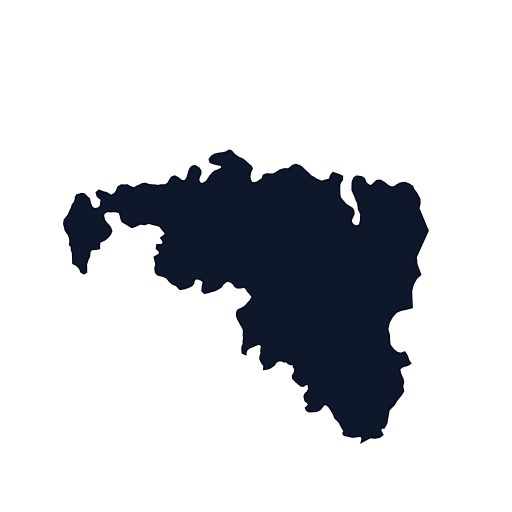 the district of Turvelândia, Goiás, Brazil, rotated 114°
{"feature_id": "56859067B88564210789001", "entity_name": "Turvelândia", "entity_type": "district", "adm_level": 2, "iso_a3": "BRA", "parent_name": "Brazil", "parent_adm1": "Goiás", "projection": "orthographic", "projection_center": [-50.301, -17.798], "detail": "fine", "context": "isolated", "style": "filled", "palette": "ink", "viewbox_px": 512, "rotation_deg": 114, "n_neighbors": 0, "source": "geoboundaries", "source_scale": "gbopen_adm2", "svg_char_len": 5340}
<svg xmlns="http://www.w3.org/2000/svg" viewBox="0 0 512 512"><g transform="rotate(114 256 256)"><path d="M128.8,141.2L128.1,145.2L128.3,149.5L129.5,151.8L130.8,153.8L134.1,156.4L136.3,157.5L137.9,159.8L138.2,163.2L136.8,168.4L136.3,173.1L138.0,176.4L141.1,177.6L145.2,179.4L145.3,182.6L144.3,185.4L141.4,188.4L140.7,191.7L142.2,196.6L144.8,198.2L149.2,198.1L153.1,196.5L156.7,194.9L159.1,192.3L161.1,190.0L164.2,187.0L166.1,184.7L169.3,182.6L171.8,181.2L173.4,179.0L175.4,176.9L177.7,176.2L180.3,175.0L185.6,174.0L188.0,176.7L188.1,179.2L187.1,181.9L184.5,183.7L180.1,183.7L177.6,183.7L174.8,185.3L173.4,187.3L172.9,190.8L172.2,195.2L170.5,198.6L168.5,202.8L165.4,204.8L160.1,207.3L156.6,208.7L154.2,208.8L151.1,208.2L148.0,209.5L148.0,213.4L148.5,219.5L151.5,220.5L156.1,220.1L158.9,223.9L161.2,226.1L161.3,232.6L160.7,235.3L160.7,237.8L159.3,241.5L157.4,247.3L156.2,250.2L155.8,253.0L156.3,256.9L158.3,259.2L161.3,260.7L163.6,262.1L164.5,264.9L167.6,268.9L169.8,270.3L171.8,271.5L174.5,273.8L175.8,277.1L176.8,279.8L179.5,282.2L182.5,281.6L185.2,283.2L188.1,284.9L189.7,286.8L190.8,289.7L188.5,292.4L185.9,294.1L181.9,295.1L177.7,295.1L176.1,296.7L175.0,300.9L174.1,303.2L173.0,307.2L173.0,312.1L172.0,317.1L170.2,320.9L170.2,323.4L173.3,325.6L175.4,328.4L177.0,331.1L179.6,334.8L182.8,337.1L186.6,338.0L189.1,335.8L188.8,332.2L188.3,329.4L187.3,324.7L189.4,322.7L192.6,325.3L195.6,328.3L197.7,329.3L201.8,330.6L205.0,331.1L208.2,331.6L212.0,334.5L212.1,337.0L210.1,339.4L207.3,340.0L203.2,340.0L200.7,341.2L199.0,343.5L198.3,348.3L200.0,350.7L202.5,351.7L205.9,351.7L211.9,350.7L215.8,351.2L217.4,353.6L217.1,356.0L216.2,359.1L216.1,362.9L218.5,365.2L225.5,366.1L228.1,367.8L229.9,371.9L231.5,373.9L232.5,377.3L233.6,380.2L234.5,383.1L234.7,386.5L236.2,389.2L238.3,390.8L240.5,392.9L243.4,394.8L243.9,398.4L243.5,402.5L244.9,405.1L246.0,408.0L249.2,410.1L253.1,409.8L256.5,410.5L259.7,413.0L259.3,415.9L259.0,418.6L259.6,420.9L259.7,423.2L259.9,426.3L263.0,427.7L265.9,425.3L266.8,422.8L267.2,420.3L270.0,419.5L273.3,418.4L276.4,419.5L278.5,422.4L278.4,424.9L277.2,426.9L274.7,429.2L271.5,431.6L270.4,435.1L269.2,438.1L269.8,440.6L271.4,442.4L273.1,444.5L275.5,444.8L278.1,443.9L280.7,443.7L283.9,444.5L287.1,444.1L291.2,444.2L294.9,444.1L297.7,444.9L301.0,445.7L304.8,444.7L307.8,442.3L310.2,440.5L311.5,438.3L313.1,435.6L315.8,433.3L318.8,431.5L321.6,430.9L322.5,428.4L325.4,427.1L327.8,424.8L337.3,420.2L337.4,417.0L338.3,413.7L339.6,411.5L341.8,409.4L342.2,406.0L339.8,404.3L335.9,406.0L332.8,407.6L327.4,408.1L324.0,408.0L319.9,409.5L317.0,408.9L314.6,404.5L312.9,402.0L310.1,403.4L306.8,404.4L303.7,401.5L301.9,400.2L298.5,398.7L295.2,397.9L292.0,398.0L289.1,400.7L287.5,403.8L286.4,406.6L284.9,409.0L281.3,411.9L278.5,412.1L275.8,410.1L274.4,406.3L273.1,404.1L272.3,401.7L271.8,398.6L274.5,396.1L276.9,394.4L279.0,392.1L279.7,386.2L280.4,381.2L278.6,379.0L276.4,377.1L273.6,374.5L272.7,370.8L269.5,367.2L269.1,363.1L268.2,359.3L267.9,356.0L270.2,351.8L272.1,347.6L275.1,348.5L278.1,350.4L279.4,348.3L281.1,346.1L283.9,346.4L286.1,351.1L289.8,349.9L290.8,346.5L293.1,344.8L295.7,346.6L298.4,348.4L301.2,346.3L304.1,344.0L308.3,343.3L311.8,341.1L313.2,338.4L312.8,335.6L312.2,332.6L312.3,328.4L314.4,324.7L315.5,321.0L315.3,316.7L317.4,312.0L315.1,308.3L312.2,305.2L309.3,302.7L306.5,301.9L304.1,302.5L301.8,302.4L300.3,299.6L300.2,296.7L300.8,293.6L306.2,292.4L310.0,290.9L311.0,287.9L308.6,284.7L305.8,281.5L304.0,279.2L301.2,277.2L298.7,275.3L294.9,274.7L290.6,272.4L289.9,268.4L290.8,265.3L292.4,262.8L292.7,260.1L291.0,256.6L289.2,254.7L289.6,252.0L291.5,249.6L293.1,245.9L294.9,242.6L299.4,243.2L301.7,244.1L303.9,244.7L305.9,245.4L308.5,246.9L310.7,248.8L312.7,250.5L315.1,250.6L318.1,249.6L320.6,247.5L324.7,242.2L326.6,239.4L328.5,237.3L333.6,235.2L335.9,233.8L338.8,233.0L341.2,231.8L344.0,231.8L346.4,231.1L350.2,229.0L350.2,225.2L348.0,226.1L345.2,226.1L342.6,224.6L340.6,222.7L338.3,220.6L335.0,217.3L336.0,214.1L339.6,213.3L342.8,211.7L346.2,211.3L348.6,210.4L351.1,207.5L353.0,204.0L356.5,202.8L354.2,199.3L352.5,197.6L350.1,196.1L347.9,194.9L345.1,194.6L343.0,193.4L341.2,190.1L341.2,187.1L340.0,184.9L341.1,182.9L341.2,180.5L339.6,177.8L342.0,176.7L343.3,174.4L347.0,173.4L350.6,173.9L352.9,172.6L354.4,168.9L355.6,165.1L356.4,161.8L355.5,159.6L353.0,158.3L351.8,156.3L355.7,153.7L359.3,153.8L361.6,155.0L364.7,154.9L368.2,152.3L369.0,149.2L370.5,147.3L372.6,148.0L374.6,149.0L376.3,147.1L376.8,144.6L375.8,142.5L373.6,138.1L372.0,136.4L369.8,134.8L366.5,134.1L363.4,133.0L363.3,130.0L364.5,127.2L365.9,125.1L369.1,120.7L371.7,118.2L373.1,114.8L374.3,111.8L376.2,109.8L378.2,107.1L380.0,104.3L382.7,104.4L383.9,102.5L383.2,99.6L382.2,94.2L377.7,86.6L380.0,84.5L383.5,84.0L375.5,77.9L373.7,72.9L371.1,69.3L367.7,67.5L364.8,71.3L362.0,71.6L361.1,69.1L356.0,68.6L342.6,71.9L335.7,69.3L330.6,68.7L323.6,66.8L319.3,66.3L315.8,69.0L311.3,70.0L308.6,71.8L304.9,76.1L300.9,78.9L297.5,77.1L294.0,72.9L291.2,71.0L289.3,74.0L285.5,77.6L283.3,81.1L286.0,83.9L286.8,87.5L285.7,92.1L282.8,97.5L278.9,99.8L274.3,101.9L269.3,106.0L262.4,107.4L256.2,106.8L250.3,105.0L246.6,101.6L243.2,96.9L239.6,92.4L227.4,98.5L224.2,99.9L218.2,100.9L211.1,100.3L206.0,98.1L198.2,105.8L191.8,109.3L162.9,109.1L146.3,126.7L141.2,127.7L137.3,129.7L133.4,134.7L130.7,139.4L128.8,141.2Z" fill="#0f172a" stroke="#020617" stroke-width="1.5"/></g></svg>